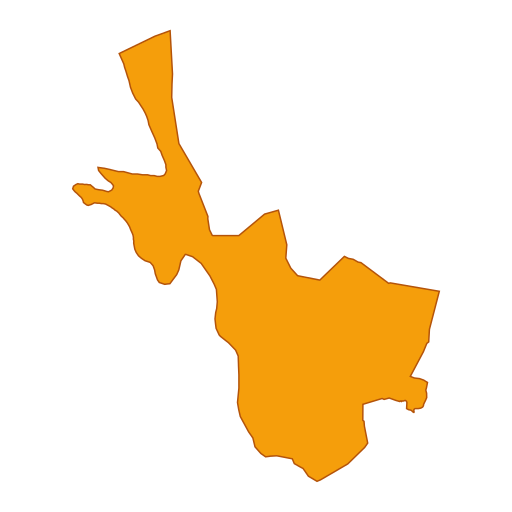 Odukpani, Cross River, Nigeria
{"feature_id": "59680162B36423706884187", "entity_name": "Odukpani", "entity_type": "district", "adm_level": 2, "iso_a3": "NGA", "parent_name": "Nigeria", "parent_adm1": "Cross River", "projection": "robinson", "projection_center": [8.065, 5.245], "detail": "fine", "context": "isolated", "style": "filled", "palette": "amber", "viewbox_px": 512, "rotation_deg": 0, "n_neighbors": 0, "source": "geoboundaries", "source_scale": "gbopen_adm2", "svg_char_len": 3485}
<svg xmlns="http://www.w3.org/2000/svg" viewBox="0 0 512 512"><path d="M428.7,341.9L429.4,329.7L429.5,329.0L439.3,291.3L390.3,282.9L388.6,283.3L360.9,262.6L358.1,262.1L353.2,259.3L348.4,258.4L344.4,256.4L319.8,280.1L297.6,275.7L290.8,268.2L285.8,258.2L286.8,244.8L278.4,210.2L264.6,214.1L238.8,235.6L212.9,235.6L212.2,235.3L209.5,229.8L207.8,218.8L207.9,216.4L198.9,193.4L198.3,191.2L201.6,182.5L178.9,143.6L171.7,97.4L172.0,83.8L172.5,74.0L170.1,30.7L154.9,36.2L119.2,53.5L120.1,55.6L123.8,63.9L124.6,67.3L126.0,71.4L127.5,76.4L129.0,80.6L130.5,87.3L132.7,93.1L135.6,98.9L136.2,99.6L138.6,102.2L140.8,105.6L141.6,106.8L143.0,108.9L145.2,113.0L146.7,116.4L148.1,120.5L148.9,124.7L151.8,131.4L154.8,138.0L157.0,143.9L157.8,148.0L160.7,151.3L162.2,155.5L164.4,160.5L165.9,164.7L165.9,165.9L165.9,167.2L166.3,169.2L166.6,170.5L165.9,172.2L165.2,173.9L163.7,175.5L160.1,176.4L157.1,176.4L154.2,175.6L150.6,175.6L147.6,174.8L142.5,174.8L137.4,174.0L132.3,174.0L123.5,171.6L118.4,171.6L111.9,170.0L110.9,169.8L110.8,169.7L104.5,168.3L102.2,168.0L98.0,167.4L98.6,170.5L100.9,173.4L103.1,175.9L105.3,178.4L108.3,180.9L110.9,182.5L112.7,184.6L113.5,185.9L113.1,188.0L111.7,190.1L110.2,190.9L108.4,191.8L106.5,191.4L104.0,190.6L102.5,190.2L99.2,189.8L97.0,189.4L95.1,189.0L93.3,187.3L91.8,186.1L90.3,184.8L88.5,184.8L87.2,184.5L86.3,184.4L84.9,184.5L84.5,184.5L82.6,184.1L79.7,184.1L77.8,183.7L76.0,184.5L73.5,186.2L72.7,188.8L73.6,190.0L73.9,190.4L75.0,191.7L76.4,192.9L76.6,193.0L78.1,194.5L79.4,195.8L81.3,197.5L82.4,199.1L83.1,200.8L83.5,202.5L85.0,203.7L86.8,205.0L88.3,205.4L89.8,204.9L91.2,204.5L92.7,203.7L94.5,202.8L97.5,203.2L99.3,203.2L101.5,203.6L103.3,203.6L105.5,204.0L107.8,205.2L110.7,206.8L111.8,207.7L113.7,208.9L115.1,210.2L116.6,211.0L118.8,213.0L119.7,214.2L120.4,215.1L121.1,216.0L123.3,218.0L124.1,219.0L125.1,220.1L125.5,220.5L127.4,223.0L129.6,226.8L130.7,229.7L132.2,233.0L133.0,235.1L133.4,237.2L133.4,239.3L133.7,240.5L133.8,241.0L133.7,243.1L134.0,244.9L134.8,249.1L136.2,252.4L138.5,255.8L141.4,258.3L145.0,260.7L150.2,262.4L153.1,265.7L154.6,269.9L155.3,273.8L157.5,279.9L159.3,282.5L161.7,283.3L164.6,284.3L165.6,284.2L167.0,284.0L169.9,283.7L173.0,279.5L176.7,274.6L178.8,269.9L180.9,260.8L185.3,254.4L185.9,254.4L192.6,256.7L201.2,263.4L209.9,275.9L214.1,284.0L215.8,288.0L216.4,289.4L217.3,301.8L216.7,308.5L215.7,312.6L215.0,318.9L215.5,323.5L216.1,328.3L219.2,335.0L220.5,336.4L222.9,338.3L225.4,340.3L228.4,342.6L235.6,350.1L238.2,356.0L238.5,364.6L238.5,365.3L238.9,374.8L238.9,388.1L237.5,402.5L238.7,409.5L240.3,416.5L248.6,431.8L252.9,438.0L255.0,446.8L260.9,453.5L265.6,456.8L269.6,456.3L269.8,456.2L276.6,455.8L277.9,456.0L292.3,458.8L294.3,463.6L300.1,466.9L303.1,468.5L308.4,476.2L317.0,481.3L320.4,479.9L347.8,463.9L364.7,447.4L367.7,443.1L364.4,426.2L364.0,421.3L362.8,420.3L362.9,404.3L382.1,398.5L384.1,399.4L389.2,398.0L395.8,400.4L399.7,401.5L400.3,401.0L400.7,401.1L401.2,401.0L401.4,401.5L402.0,401.2L402.4,401.0L402.6,401.0L402.9,400.9L403.6,401.0L405.0,400.4L405.5,400.5L406.0,400.8L406.6,401.7L406.9,402.4L406.6,408.6L408.4,409.6L409.0,409.8L410.2,410.0L410.8,410.2L411.3,410.4L413.1,412.1L413.8,412.4L414.1,412.0L413.8,410.7L414.0,409.4L415.0,408.6L418.2,408.6L420.8,408.1L422.6,407.1L423.4,405.8L423.7,404.1L425.6,400.2L426.7,397.6L426.6,393.1L426.2,391.8L425.8,390.0L426.4,388.1L427.5,382.5L423.7,380.1L419.5,378.6L414.4,378.0L410.3,376.4L423.4,351.7L426.8,343.4L428.7,341.9Z" fill="#f59e0b" stroke="#b45309" stroke-width="1.5"/></svg>